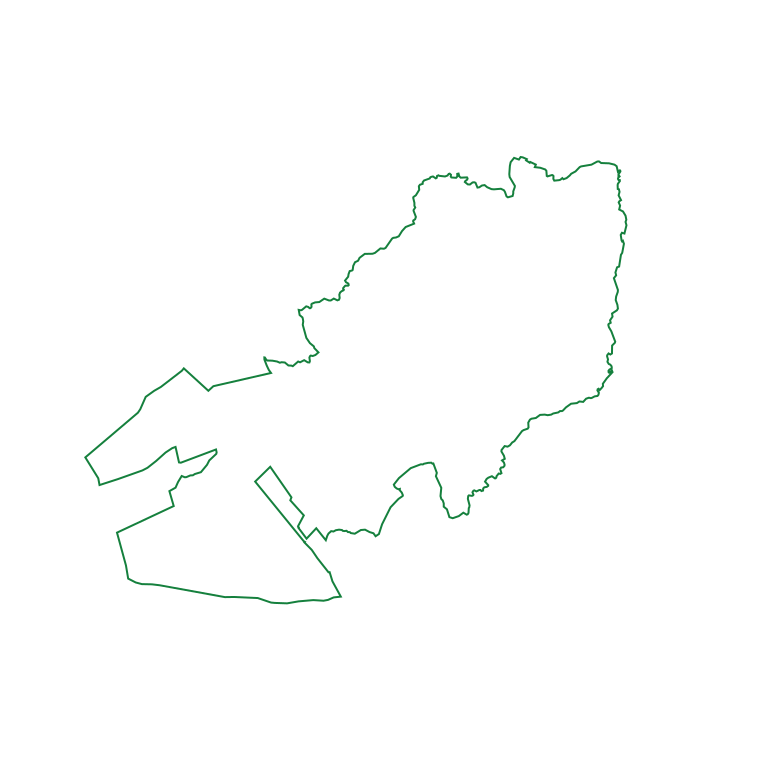 the district of Panotla, Tlaxcala, Mexico, rotated 45°
{"feature_id": "50627088B24091411399710", "entity_name": "Panotla", "entity_type": "district", "adm_level": 2, "iso_a3": "MEX", "parent_name": "Mexico", "parent_adm1": "Tlaxcala", "projection": "robinson", "projection_center": [-98.282, 19.352], "detail": "fine", "context": "isolated", "style": "outline", "palette": "green", "viewbox_px": 768, "rotation_deg": 45, "n_neighbors": 0, "source": "geoboundaries", "source_scale": "gbopen_adm2", "svg_char_len": 6126}
<svg xmlns="http://www.w3.org/2000/svg" viewBox="0 0 768 768"><g transform="rotate(45 384 384)"><path d="M275.2,202.0L271.9,202.6L270.9,204.2L270.6,205.2L271.0,206.3L268.4,211.8L268.7,214.0L269.8,215.1L268.5,217.7L268.8,219.5L271.6,221.8L273.1,228.0L272.6,231.0L273.0,231.7L277.4,234.4L279.5,236.5L281.3,237.1L281.9,240.0L282.4,240.6L288.4,243.3L289.5,245.5L289.1,247.7L289.6,248.4L291.9,249.3L288.3,257.7L288.6,263.1L290.0,269.1L288.9,271.9L287.2,274.1L286.9,275.5L288.9,286.7L288.3,288.4L285.6,290.7L284.9,297.7L283.8,300.0L278.4,305.6L277.5,312.0L278.5,315.2L277.4,318.4L278.7,322.2L281.2,325.5L281.1,326.5L279.9,328.4L281.2,331.3L282.8,333.5L283.3,338.4L285.1,338.9L287.8,338.2L289.1,339.0L289.1,339.8L287.2,341.7L287.1,342.5L287.3,345.0L287.9,345.7L289.0,345.8L289.1,346.4L288.4,348.4L288.3,350.5L289.3,352.5L291.8,354.5L292.6,356.2L291.9,357.8L288.1,359.1L287.3,362.6L286.1,363.8L281.4,365.9L280.3,371.8L277.6,375.0L276.3,378.1L276.3,379.0L278.2,380.7L278.4,382.3L277.8,383.0L275.9,383.1L274.1,384.1L273.6,389.6L273.1,390.7L271.3,391.9L275.6,394.9L279.3,394.6L280.5,395.3L282.6,396.8L284.7,399.6L296.5,406.3L302.8,407.5L307.8,407.0L309.4,407.9L315.3,408.0L315.0,412.0L313.8,414.6L312.1,415.7L312.0,416.7L312.6,418.1L315.4,420.2L316.0,421.5L314.8,422.6L310.7,423.6L309.3,428.0L307.4,428.8L306.9,435.9L305.5,436.5L303.3,438.5L298.7,438.9L296.2,441.0L295.3,442.6L292.5,443.7L288.5,446.5L284.9,449.9L283.7,450.1L281.0,449.5L280.6,449.8L282.2,451.3L288.1,453.9L292.6,455.5L296.3,456.1L264.9,506.2L264.6,513.0L231.4,514.5L231.7,517.6L228.3,543.9L226.3,551.3L224.6,561.6L229.5,574.2L230.3,578.3L224.7,647.1L248.6,652.7L254.3,656.6L263.1,639.4L274.3,615.9L276.0,610.5L277.3,599.6L278.0,586.9L279.6,579.1L281.1,575.9L294.5,584.4L296.0,583.3L311.5,549.1L314.0,550.7L314.8,552.0L314.5,561.6L316.0,566.3L316.9,575.8L313.9,581.4L313.4,583.7L311.7,585.6L310.1,589.6L309.1,590.8L306.0,592.1L307.7,599.0L309.9,604.7L308.0,611.5L321.6,619.0L300.3,677.9L329.9,694.8L340.7,702.5L348.8,699.9L354.3,696.7L361.5,689.8L367.6,685.0L422.2,647.2L428.7,640.5L446.1,624.6L458.7,618.4L461.6,616.0L470.6,607.6L477.3,598.1L486.8,586.8L494.5,580.0L497.1,576.2L499.3,570.5L503.8,564.9L487.1,560.0L478.6,555.5L477.9,556.4L460.2,554.3L450.3,552.4L439.7,552.3L439.7,551.6L438.2,551.9L361.9,544.1L362.1,523.0L398.7,529.6L400.0,532.5L420.2,533.6L423.8,545.4L425.2,545.7L425.2,546.2L438.6,548.1L438.1,533.9L453.3,535.6L451.2,531.4L450.5,529.0L450.7,525.4L452.6,524.0L453.3,521.5L455.2,518.8L457.5,517.0L458.6,517.0L459.9,516.1L461.3,514.3L463.2,514.2L464.6,512.9L465.9,512.9L469.2,510.5L470.9,503.6L473.6,500.4L478.5,498.9L482.1,497.0L485.7,497.6L486.5,493.7L481.8,484.5L475.8,466.5L475.5,455.0L476.4,450.0L476.0,449.3L473.3,448.2L470.3,448.0L469.4,447.0L468.8,448.1L466.9,448.9L464.3,449.1L462.1,448.2L461.1,440.0L462.4,424.6L466.8,414.8L468.4,413.3L468.6,412.2L471.0,408.5L473.1,406.2L474.6,406.1L475.1,405.3L484.2,409.5L485.9,412.5L497.9,416.9L503.2,423.3L505.8,424.8L507.9,424.8L510.7,426.2L513.0,428.5L517.1,428.1L524.4,431.9L527.5,430.3L530.3,424.5L531.1,418.9L534.9,417.9L535.3,416.9L534.9,415.4L531.7,411.8L531.5,410.9L530.3,409.3L524.5,405.9L522.8,403.7L522.8,402.7L525.3,400.9L525.7,399.9L525.6,399.1L523.1,398.0L522.7,396.3L523.0,395.4L525.3,394.6L526.4,391.5L527.2,390.7L528.6,390.8L529.4,389.3L528.0,387.7L528.0,386.1L529.4,384.1L529.7,382.4L529.2,381.8L524.5,381.6L523.7,378.6L524.0,376.5L525.5,372.9L529.2,372.3L529.6,371.8L529.6,370.8L528.8,369.7L528.4,366.2L529.8,365.3L530.1,364.0L526.3,362.0L525.9,360.3L527.2,358.5L527.0,356.6L526.2,355.7L524.3,354.7L521.5,354.6L522.3,351.5L519.5,349.9L514.8,348.7L513.8,347.6L513.2,342.6L515.7,340.9L516.4,338.3L516.0,334.8L516.6,332.2L514.9,319.7L515.3,317.9L517.2,314.0L516.9,312.5L513.3,309.3L512.4,306.0L512.8,304.3L515.4,300.7L516.2,295.5L519.3,292.0L521.8,290.3L523.9,287.4L524.5,285.2L527.3,280.9L527.6,278.7L529.0,277.3L529.3,276.2L529.2,271.8L530.2,265.7L533.9,261.1L534.5,258.2L537.5,255.8L537.3,251.5L538.6,248.8L540.3,247.7L540.8,246.8L541.7,243.8L543.4,241.5L543.3,240.1L542.2,238.3L539.4,237.6L538.8,236.6L539.1,235.6L540.8,235.8L540.7,232.8L540.4,230.6L538.6,229.1L537.5,222.4L537.2,214.0L535.6,213.3L535.2,216.8L534.4,216.8L533.4,215.9L533.2,214.4L533.9,211.9L533.2,211.1L532.2,210.5L530.3,210.3L528.7,210.9L526.3,210.3L525.0,208.2L522.2,206.7L521.5,205.9L521.2,203.6L523.2,203.1L523.6,201.2L518.1,195.5L518.1,191.7L517.6,190.6L507.5,186.0L502.9,184.8L500.8,183.6L500.4,182.7L501.0,180.4L498.8,179.1L498.0,174.8L495.4,172.9L496.6,167.2L496.1,165.3L493.1,163.0L488.5,160.8L486.3,158.0L484.2,153.6L482.9,152.1L471.7,146.6L471.3,143.0L468.8,141.5L466.3,136.7L467.2,134.7L460.2,125.1L459.7,122.8L454.5,115.2L451.7,113.8L451.6,114.8L450.5,114.5L446.0,111.2L445.3,108.8L447.6,107.6L443.2,100.3L440.2,98.6L439.2,96.5L435.8,94.2L431.0,93.0L426.9,94.3L424.8,90.9L421.5,89.6L421.2,88.3L421.6,86.4L416.5,84.7L414.7,81.6L412.4,80.2L411.4,80.8L408.5,78.1L407.8,77.0L407.3,73.7L406.5,73.1L405.7,73.9L404.4,73.5L403.8,72.5L403.8,70.6L403.1,70.5L402.9,71.3L401.6,70.0L400.9,66.6L400.2,66.1L399.7,66.1L399.3,67.0L399.3,68.5L394.5,65.5L391.9,65.9L387.1,68.8L381.3,74.2L378.6,74.6L377.5,75.9L375.6,82.2L369.5,90.8L369.0,92.3L369.1,98.3L367.7,103.0L367.9,105.1L367.5,109.3L366.1,112.3L364.5,112.3L364.3,114.8L363.7,116.0L360.6,119.8L358.7,119.2L356.8,117.1L355.5,117.1L355.0,117.5L352.8,121.6L352.0,121.8L348.0,118.4L346.3,118.3L341.6,120.6L337.3,124.0L336.2,121.5L330.4,123.6L330.6,124.5L326.3,125.4L326.0,124.0L321.9,125.6L320.1,126.9L320.7,129.9L316.1,132.1L316.7,137.6L318.8,140.8L324.2,147.0L326.5,148.8L336.5,151.4L337.4,152.6L339.2,156.4L340.6,157.8L342.0,160.1L339.6,164.4L338.0,164.7L333.6,162.6L331.7,162.2L328.6,163.3L324.1,168.6L322.2,170.2L317.8,171.9L314.5,172.2L312.9,174.4L312.3,177.5L311.2,179.0L306.4,177.0L305.1,177.6L304.1,178.9L303.7,182.2L302.1,183.6L298.3,184.0L298.0,183.2L298.3,180.6L297.7,179.5L296.6,179.2L292.3,183.9L290.4,183.9L287.9,182.5L287.2,183.6L289.1,185.4L289.2,187.2L285.6,190.3L284.5,190.1L283.4,188.7L281.7,188.8L281.2,189.7L281.5,191.7L280.4,194.1L275.8,197.8L275.0,197.9L274.4,199.3L275.5,201.0L275.2,202.0Z" fill="none" stroke="#15803d" stroke-width="2"/></g></svg>